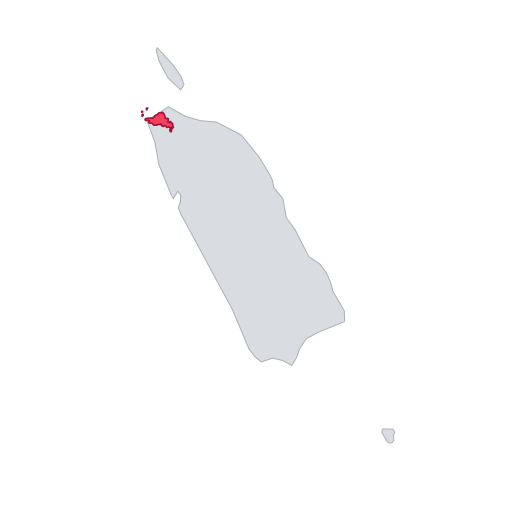 location of Fajardo, Puerto Rico, rotated 240°
{"feature_id": "32010507B96449576459370", "entity_name": "Fajardo", "entity_type": "district", "adm_level": 2, "iso_a3": "PRI", "parent_name": "Puerto Rico", "parent_adm1": "", "projection": "mercator", "projection_center": [-65.654, 18.33], "detail": "fine", "context": "in_parent", "style": "filled", "palette": "rose", "viewbox_px": 512, "rotation_deg": 240, "n_neighbors": 0, "source": "geoboundaries", "source_scale": "gbopen_adm2", "svg_char_len": 3987}
<svg xmlns="http://www.w3.org/2000/svg" viewBox="0 0 512 512"><g transform="rotate(240 256 256)"><path d="M340.6,217.5L346.0,221.1L351.2,220.6L347.0,213.1L350.9,213.1L384.2,217.7L405.6,225.5L427.7,229.2L429.1,254.6L412.1,264.8L401.0,275.5L392.0,288.5L368.2,303.7L339.6,308.2L320.5,308.6L313.4,308.1L306.5,305.5L292.1,308.0L274.3,301.4L259.0,303.0L228.8,301.4L217.5,307.2L206.6,308.5L196.0,307.4L186.9,304.9L164.5,305.1L155.0,300.1L158.9,271.1L159.2,258.0L153.7,247.1L147.7,240.3L143.3,232.3L152.1,226.9L159.3,219.2L161.6,207.6L169.6,204.7L178.8,203.4L221.8,208.8L330.3,211.9L336.5,212.8L340.6,217.5ZM463.0,279.7L449.4,280.8L440.5,279.3L437.5,273.9L454.0,268.8L473.3,269.5L484.4,272.6L485.7,274.6L463.0,279.7ZM37.5,288.0L35.9,288.2L34.2,288.0L33.5,287.5L32.4,285.8L27.4,283.1L26.3,280.6L27.4,277.9L29.4,276.9L39.5,276.6L40.5,276.8L42.5,278.7L42.6,280.0L41.6,281.2L39.8,284.4L39.1,285.2L38.5,286.1L38.2,287.5L37.5,288.0Z" fill="#d9dde1" stroke="#a8b0b8" stroke-width="1"/><path d="M406.0,244.7L406.1,245.0L406.7,245.2L406.8,245.4L407.4,245.7L407.6,246.2L408.0,246.3L408.2,246.5L408.6,247.2L408.8,247.3L408.6,247.6L408.3,247.7L408.7,248.3L408.6,248.7L408.7,248.9L409.1,248.9L409.2,248.7L409.6,248.7L410.4,249.3L411.1,249.4L411.3,249.4L411.6,249.5L411.9,249.5L412.0,249.8L412.2,250.0L412.6,250.0L412.8,249.6L413.2,249.5L413.4,249.6L413.7,249.5L414.3,249.1L414.6,249.1L414.8,249.4L415.3,249.0L415.0,248.8L414.9,248.5L415.2,248.6L415.2,248.3L415.0,248.0L415.0,247.8L415.3,247.7L415.5,247.3L415.8,247.1L415.9,246.9L416.2,246.7L416.5,246.8L416.9,247.2L417.0,247.6L417.5,247.9L417.7,248.1L417.9,248.2L418.2,248.5L418.6,248.7L418.9,248.7L419.3,248.1L419.5,248.1L419.7,247.8L419.7,247.1L420.0,247.1L420.3,246.9L420.6,247.0L420.8,246.9L421.1,246.3L421.8,246.5L422.3,246.9L422.7,246.9L422.9,247.1L423.0,247.1L423.3,247.3L423.8,247.2L424.0,247.3L424.1,247.2L424.7,247.5L425.6,247.3L425.5,247.2L426.0,246.9L426.4,246.9L426.5,246.9L426.7,247.1L427.3,246.8L427.2,246.1L427.2,245.9L427.2,245.6L427.6,245.1L428.3,244.2L428.4,243.8L428.5,243.4L428.4,242.9L428.3,242.5L428.3,242.4L428.2,242.3L427.7,241.9L427.9,241.2L428.0,240.6L428.0,239.1L428.0,238.9L428.1,238.2L427.6,237.8L427.3,237.6L427.0,237.3L427.2,236.8L427.2,236.6L427.3,236.1L427.2,236.0L427.0,235.5L426.9,235.4L427.2,234.9L427.4,234.8L427.8,234.3L428.0,234.1L428.5,233.3L428.5,233.2L428.8,232.3L429.1,232.0L429.3,231.8L429.6,230.6L429.8,230.0L430.2,229.4L430.2,228.8L430.2,228.7L429.6,228.0L429.3,228.0L428.8,228.1L428.5,228.1L428.4,228.3L428.0,228.8L428.0,229.2L428.0,229.5L427.9,230.1L427.2,230.8L426.4,231.3L425.9,230.9L425.9,230.6L425.8,230.1L425.1,229.7L424.8,230.0L424.4,230.2L424.2,230.4L423.8,231.0L423.3,232.1L422.9,232.3L421.6,232.6L421.0,232.8L420.5,232.8L420.3,233.1L420.1,233.3L419.8,234.1L419.6,234.2L419.5,234.4L419.5,234.5L419.2,235.1L418.9,235.5L418.8,235.8L418.9,236.1L419.1,236.3L418.9,236.9L418.7,237.0L418.7,237.5L418.4,237.7L418.4,238.0L417.7,238.6L417.9,238.9L418.0,239.6L417.6,240.0L417.1,239.8L416.8,239.6L416.1,239.5L415.5,239.7L415.2,240.1L414.9,240.3L414.6,240.3L414.4,240.7L414.5,241.5L414.4,242.1L414.5,242.4L414.4,242.4L413.9,242.6L413.7,242.9L412.0,242.9L411.7,243.3L411.8,243.7L411.7,244.1L411.7,244.8L411.1,244.9L410.9,245.1L410.9,245.5L410.4,245.6L410.2,245.8L409.8,245.9L409.7,246.3L409.4,245.8L409.0,245.3L408.8,244.8L408.5,244.9L408.2,244.7L407.7,244.2L407.3,244.1L407.0,243.9L406.6,243.9L406.3,244.4L406.0,244.7ZM433.7,227.5L433.9,227.8L434.1,228.1L434.1,228.5L434.3,228.8L434.8,229.0L435.2,229.0L435.5,228.8L435.6,228.3L435.3,228.0L435.2,227.9L434.9,227.7L434.6,227.5L434.2,227.5L433.9,227.3L433.7,227.5ZM437.1,234.6L437.8,235.2L438.0,235.4L438.1,235.9L438.2,236.1L438.6,235.7L438.9,235.3L438.6,234.8L438.1,234.4L437.5,234.3L437.2,234.5L437.1,234.6ZM437.6,228.9L437.4,229.2L437.6,229.6L437.7,229.8L437.6,230.0L437.9,230.1L438.0,230.0L438.2,229.9L438.3,229.8L438.4,229.7L438.4,229.4L438.2,229.3L438.1,229.1L437.8,229.0L437.7,228.9L437.6,228.9Z" fill="#f43f5e" stroke="#9f1239" stroke-width="1.5"/></g></svg>